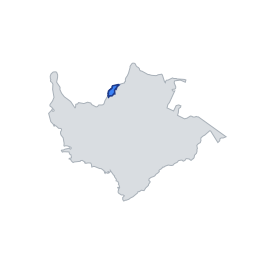 Arauca, Arauca, Colombia (highlighted), rotated 295°
{"feature_id": "7082276B76814651219930", "entity_name": "Arauca", "entity_type": "district", "adm_level": 2, "iso_a3": "COL", "parent_name": "Colombia", "parent_adm1": "Arauca", "projection": "albers", "projection_center": [-70.53, 6.795], "detail": "medium", "context": "in_parent", "style": "filled", "palette": "blue", "viewbox_px": 256, "rotation_deg": 295, "n_neighbors": 0, "source": "geoboundaries", "source_scale": "gbopen_adm2", "svg_char_len": 4873}
<svg xmlns="http://www.w3.org/2000/svg" viewBox="0 0 256 256"><g transform="rotate(295 128 128)"><path d="M146.4,41.8L144.1,42.8L139.4,43.9L136.2,49.2L134.0,50.1L131.4,53.1L129.4,57.0L127.8,64.8L123.8,71.4L124.1,71.7L125.7,71.4L127.2,70.7L127.8,70.9L128.3,72.1L130.1,72.4L131.5,77.7L134.3,80.5L134.5,81.6L134.9,83.8L133.9,85.1L133.6,90.1L134.5,91.3L136.5,91.8L137.9,94.8L138.7,95.6L140.0,96.0L143.0,95.6L148.5,96.1L149.7,96.0L152.8,94.9L156.7,96.3L159.5,96.5L167.3,105.7L168.1,105.4L169.1,106.0L171.1,105.0L172.8,104.9L175.0,105.3L177.9,105.3L183.8,104.3L184.7,103.8L187.9,104.3L188.9,105.0L189.4,106.7L189.0,107.8L187.9,108.9L187.3,110.3L187.2,111.9L186.6,113.2L185.5,114.0L185.1,115.2L185.4,116.7L184.9,123.7L185.3,124.3L185.7,127.1L187.1,130.8L187.7,131.9L188.9,132.7L191.0,135.8L190.5,136.8L185.2,141.7L184.9,142.8L186.0,142.3L187.6,142.7L188.2,143.9L192.2,147.2L192.2,148.5L193.3,151.0L193.1,151.5L195.9,158.7L196.0,160.2L193.7,160.6L193.6,155.8L193.3,154.8L190.6,150.6L190.1,150.3L188.4,150.8L185.5,153.9L184.1,154.4L183.0,154.0L181.9,152.1L181.2,151.8L180.5,153.3L181.4,154.7L168.6,154.8L166.1,154.2L162.7,154.9L162.7,162.1L168.7,162.2L170.4,164.3L170.3,166.0L170.5,166.5L169.1,166.9L167.0,165.8L163.2,167.1L160.4,167.5L160.2,175.4L161.9,177.4L165.2,179.5L165.6,180.9L165.4,182.3L166.2,184.0L167.3,184.9L167.3,185.9L167.8,187.1L161.5,220.6L159.2,218.5L158.4,216.7L157.2,215.9L155.1,216.5L152.8,215.6L160.2,204.2L160.0,203.2L153.8,200.5L153.1,199.8L150.1,198.3L148.5,198.7L147.6,199.4L145.3,199.7L143.5,198.4L141.3,197.7L138.7,199.6L137.9,199.5L136.0,200.4L134.0,200.7L131.4,199.8L129.3,200.4L127.9,200.3L127.3,199.7L125.5,199.0L125.3,198.2L125.8,196.8L125.0,194.0L124.7,193.6L123.3,193.5L121.6,192.5L121.3,191.9L121.7,190.8L121.4,189.8L119.8,187.6L117.5,187.0L115.4,185.1L113.3,184.5L112.3,183.1L111.4,180.1L109.1,177.8L107.6,177.0L107.1,175.9L105.5,175.7L103.3,174.2L102.3,174.1L101.7,174.8L99.7,174.0L97.9,172.9L96.2,172.6L95.0,171.9L92.9,169.7L90.7,168.6L89.3,169.0L88.9,170.6L88.1,170.9L85.5,170.4L85.0,170.7L84.4,170.7L81.2,169.4L78.0,169.0L77.2,166.3L75.2,165.3L74.6,164.0L73.2,164.1L67.8,161.6L65.6,159.8L63.8,158.9L61.8,156.9L61.5,156.2L60.0,155.0L60.8,153.6L62.6,152.6L65.0,153.4L65.3,151.8L64.5,150.3L65.0,147.0L65.6,146.2L66.9,145.6L67.8,145.8L68.3,145.3L70.3,145.6L70.9,145.4L72.4,144.0L73.0,143.0L73.7,143.1L75.3,141.3L75.1,139.5L76.6,139.1L78.2,136.2L78.9,136.1L79.3,134.7L82.1,129.9L81.1,130.4L80.0,130.1L80.2,128.4L79.9,128.2L79.0,129.5L78.2,128.2L78.5,126.1L77.2,126.5L77.3,126.0L79.1,124.4L79.9,120.8L79.3,119.5L79.0,114.1L78.7,113.1L77.3,111.7L79.6,110.2L80.5,109.0L79.5,106.6L78.1,104.6L78.1,103.4L78.9,103.5L79.3,100.2L78.5,98.9L77.6,98.8L74.6,93.8L73.5,92.8L74.3,90.4L75.3,89.4L75.1,87.6L75.7,87.7L77.0,89.3L77.6,89.1L79.7,87.5L79.7,86.1L81.4,84.6L79.2,79.5L78.4,78.7L79.4,77.1L79.9,77.2L80.8,78.8L82.2,79.8L84.3,82.7L85.2,83.3L84.6,84.0L84.4,84.6L84.7,85.0L85.9,85.1L86.4,84.3L86.2,80.9L85.7,79.2L84.6,77.9L84.9,77.4L87.1,76.6L91.7,73.4L93.3,70.3L94.5,69.2L95.9,68.5L97.5,68.7L98.8,68.3L99.2,67.4L98.4,65.2L99.4,62.3L99.4,60.8L100.0,59.9L99.8,59.6L98.1,60.6L99.8,58.6L101.1,55.4L107.7,49.9L112.0,51.3L113.4,51.2L111.6,51.9L111.3,52.7L111.9,53.6L112.6,53.8L113.1,53.3L114.6,50.0L114.8,48.3L115.4,47.7L116.4,47.4L120.5,48.2L124.5,48.0L131.1,43.4L136.0,41.4L137.2,39.6L137.5,38.1L138.4,37.6L139.3,37.6L139.9,36.8L142.1,35.6L144.5,35.4L147.1,36.5L148.2,38.4L148.4,39.7L146.4,41.8ZM70.3,145.0L70.0,145.2L69.5,144.8L69.3,144.2L69.6,143.8L70.1,144.0L70.3,145.0Z" fill="#d9dde1" stroke="#a8b0b8" stroke-width="1"/><path d="M163.6,101.2L159.7,96.2L159.3,96.1L158.5,96.2L158.0,96.6L157.4,96.7L157.0,96.4L156.8,96.2L156.6,96.2L156.3,96.2L156.2,95.9L155.9,95.9L156.0,95.9L155.9,95.8L155.5,95.9L155.4,95.9L155.3,95.7L155.1,95.5L155.1,95.4L154.8,95.1L154.6,95.1L154.2,95.2L153.8,95.2L153.5,95.0L153.4,94.8L153.2,94.9L152.8,95.0L152.5,94.9L152.3,95.1L152.1,95.0L151.9,95.1L151.7,95.1L151.5,95.3L151.1,95.2L150.9,95.5L150.8,95.4L150.7,95.4L150.8,95.7L150.5,95.8L150.2,95.8L149.9,96.1L149.6,96.2L149.4,96.2L148.9,96.1L147.6,97.4L147.8,97.5L148.0,97.4L148.3,97.5L148.6,97.6L148.8,97.5L149.0,97.7L149.4,97.7L149.7,98.3L149.7,98.5L149.8,98.5L150.3,99.9L150.7,99.9L151.3,100.2L151.4,100.3L151.6,100.3L151.9,100.5L152.1,100.6L152.3,100.6L152.5,100.8L152.7,100.6L152.8,100.7L153.2,100.8L153.3,100.9L153.4,101.2L153.6,101.1L153.6,101.3L153.6,101.5L156.5,99.9L156.6,100.0L157.0,100.0L157.3,100.1L157.5,100.0L157.8,100.1L158.0,100.2L157.9,100.2L158.0,100.2L158.2,100.3L158.2,100.5L158.4,100.3L158.5,100.4L158.8,100.5L158.9,100.3L159.1,100.4L159.2,100.6L159.3,100.5L159.5,100.6L159.8,100.6L160.0,100.7L160.3,100.6L160.5,100.7L160.8,100.8L161.0,100.8L161.4,100.8L161.7,101.0L161.8,101.0L161.8,100.9L162.0,101.0L162.1,101.3L162.3,101.4L162.8,101.6L163.1,101.2L163.2,101.3L163.2,101.2L163.4,101.1L163.6,101.2Z" fill="#3b82f6" stroke="#1e3a8a" stroke-width="1.5"/></g></svg>